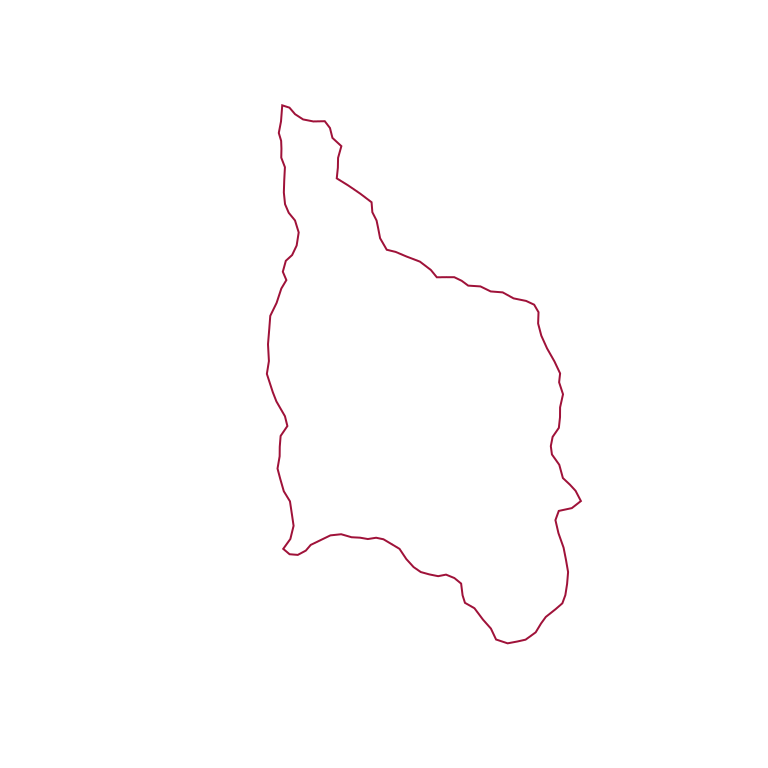 Bilac, São Paulo, Brazil, rotated 330°
{"feature_id": "56859067B71292671685512", "entity_name": "Bilac", "entity_type": "district", "adm_level": 2, "iso_a3": "BRA", "parent_name": "Brazil", "parent_adm1": "São Paulo", "projection": "albers", "projection_center": [-50.48, -21.416], "detail": "fine", "context": "isolated", "style": "outline", "palette": "rose", "viewbox_px": 768, "rotation_deg": 330, "n_neighbors": 0, "source": "geoboundaries", "source_scale": "gbopen_adm2", "svg_char_len": 1820}
<svg xmlns="http://www.w3.org/2000/svg" viewBox="0 0 768 768"><g transform="rotate(330 384 384)"><path d="M214.3,476.4L217.1,484.2L223.9,488.9L233.0,489.2L240.1,486.7L261.9,488.3L271.8,492.7L279.3,500.5L286.4,505.1L292.5,510.2L300.3,513.2L305.9,518.2L315.0,534.5L315.8,546.8L318.1,557.4L321.8,565.2L328.0,571.5L334.8,577.5L342.4,580.1L347.9,587.2L351.0,595.4L346.4,606.3L344.7,614.0L350.2,623.4L351.9,637.5L354.3,649.3L353.3,661.3L361.4,670.4L370.8,673.7L378.8,676.2L391.2,674.9L400.3,669.9L407.7,666.6L420.0,664.8L428.8,663.1L435.5,657.5L442.6,648.7L449.4,638.9L453.7,627.2L457.7,615.5L460.5,600.4L464.4,587.6L471.9,581.3L484.6,585.4L496.0,583.8L496.5,572.3L494.7,564.2L491.9,554.9L495.4,541.6L494.2,529.0L497.4,521.2L503.6,514.1L513.5,509.4L519.8,500.8L524.8,492.3L533.9,482.4L536.5,470.1L541.8,462.9L542.9,449.7L543.0,434.7L544.4,420.8L547.7,408.7L553.7,399.1L553.7,390.4L548.6,383.1L539.0,374.6L532.6,364.0L522.7,357.2L516.3,347.7L506.1,340.9L502.9,333.5L498.3,326.7L491.5,322.7L483.1,318.0L481.6,308.7L476.3,296.0L467.2,284.8L460.1,275.4L453.5,269.1L453.5,255.8L456.9,246.0L459.3,238.7L459.8,229.4L464.1,220.4L458.6,207.3L452.2,194.0L445.9,182.3L452.2,173.6L457.3,165.2L466.0,156.7L462.4,145.1L465.2,135.3L464.1,126.8L454.1,121.3L446.2,114.4L441.9,105.9L440.3,97.4L435.2,91.8L426.1,105.1L418.4,114.0L416.5,122.0L412.8,129.0L408.2,136.6L406.6,146.7L399.4,157.8L393.0,168.1L388.2,178.8L387.1,188.1L388.7,197.9L385.9,210.1L377.6,220.4L368.9,226.4L360.6,228.2L352.5,236.2L351.4,245.2L342.8,250.0L331.5,260.1L319.6,268.1L312.2,278.9L303.4,291.6L295.8,306.6L287.6,316.7L283.6,335.5L282.1,345.3L282.1,354.6L282.1,362.4L279.3,372.1L268.5,377.3L262.3,386.3L257.5,394.4L249.5,404.0L246.7,414.3L243.6,426.8L243.9,438.6L238.5,452.3L234.8,461.6L225.4,471.4L214.3,476.4Z" fill="none" stroke="#9f1239" stroke-width="2"/></g></svg>